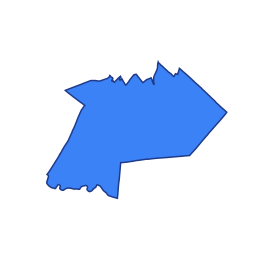 outline of Branistea, Dâmbovita, Romania, rotated 156°
{"feature_id": "2599482B85968573592334", "entity_name": "Branistea", "entity_type": "district", "adm_level": 2, "iso_a3": "ROU", "parent_name": "Romania", "parent_adm1": "Dâmbovita", "projection": "albers", "projection_center": [25.57, 44.682], "detail": "fine", "context": "isolated", "style": "filled", "palette": "blue", "viewbox_px": 256, "rotation_deg": 156, "n_neighbors": 0, "source": "geoboundaries", "source_scale": "gbopen_adm2", "svg_char_len": 5476}
<svg xmlns="http://www.w3.org/2000/svg" viewBox="0 0 256 256"><g transform="rotate(156 128 128)"><path d="M170.0,187.9L169.9,187.6L168.5,184.8L167.5,182.9L166.1,180.3L164.9,178.0L164.6,177.5L163.9,176.3L162.6,173.9L161.3,171.5L159.7,168.8L159.4,168.2L158.3,166.2L159.6,165.5L160.9,164.8L161.1,164.5L161.4,164.4L161.8,164.2L162.9,163.6L163.5,163.2L163.9,162.8L164.0,162.7L165.5,161.4L167.6,159.5L170.9,156.4L172.4,154.8L173.1,154.2L175.5,151.8L176.3,151.1L177.3,150.2L179.4,148.4L179.9,148.1L180.2,147.6L181.9,146.0L182.1,145.9L183.7,144.4L185.1,143.2L186.5,141.9L188.0,140.6L188.7,140.1L189.2,139.8L191.3,138.5L193.8,136.9L195.8,135.4L196.5,135.0L198.5,133.3L199.7,132.6L200.4,132.1L201.3,131.5L201.2,131.4L201.4,131.3L204.2,129.3L205.6,128.3L207.5,127.1L209.1,126.0L212.4,123.8L215.2,121.9L217.5,120.4L218.2,120.0L220.5,118.7L220.9,118.4L220.7,118.2L220.2,117.3L220.2,116.4L220.8,115.5L222.6,113.5L223.4,112.5L224.2,111.7L224.5,111.2L224.6,110.7L224.6,110.2L224.4,109.0L223.8,107.3L223.2,106.2L222.2,104.7L221.3,103.9L219.8,103.0L219.4,102.3L218.7,102.3L217.3,103.3L215.3,104.4L214.2,104.5L213.7,103.7L213.3,102.7L213.6,102.1L214.5,101.4L214.9,100.6L214.8,99.6L214.1,98.5L213.0,97.6L212.3,97.4L211.5,97.5L210.5,97.8L209.1,97.9L207.9,97.8L207.2,97.6L206.2,97.0L205.2,96.5L204.2,95.8L203.2,94.9L202.1,94.2L200.7,93.5L199.9,93.3L199.3,93.0L198.4,92.3L197.5,91.8L197.0,91.8L196.2,92.4L195.2,93.0L194.4,93.4L193.1,93.3L191.5,93.0L190.2,92.8L189.4,92.3L189.0,91.4L188.9,90.6L189.3,90.0L190.4,88.7L190.4,87.7L190.0,86.8L189.7,86.2L189.2,85.6L188.4,85.4L187.5,85.3L186.3,85.5L185.6,85.8L185.1,86.0L184.9,86.3L184.6,86.5L184.3,86.5L184.0,86.4L183.8,86.4L183.5,86.6L183.1,86.7L182.6,86.8L181.9,86.9L181.6,87.0L179.3,88.8L178.3,87.7L177.2,86.5L176.8,85.1L176.4,83.1L176.0,81.2L175.4,79.6L174.5,78.2L174.1,76.7L173.8,75.1L172.9,73.8L171.8,72.8L169.8,71.0L168.0,69.5L166.3,68.1L163.7,72.7L161.6,76.6L159.9,79.7L158.3,82.5L157.2,84.1L149.4,98.2L148.7,99.4L148.4,99.3L147.9,99.0L147.3,98.7L146.0,98.3L144.0,97.7L143.1,97.3L142.5,97.2L140.3,96.6L138.3,96.0L137.6,95.8L136.8,95.6L136.0,95.4L134.1,95.0L133.8,94.9L130.2,93.8L128.7,93.4L125.6,92.5L124.0,92.1L122.6,91.5L122.4,91.3L120.6,90.8L113.4,88.5L113.2,88.4L105.2,85.5L105.0,85.4L97.1,82.7L91.1,80.6L88.1,79.6L82.9,77.8L82.4,78.1L78.0,80.0L73.5,82.0L63.5,87.0L58.2,89.4L56.7,90.2L56.3,90.5L53.9,91.5L51.8,92.5L49.7,93.4L49.3,93.6L45.2,95.5L44.1,96.0L42.3,96.8L39.7,98.0L39.1,98.3L35.3,100.1L34.3,100.6L31.6,102.0L31.4,102.2L31.6,102.8L31.8,103.3L32.1,103.8L32.7,105.4L33.7,107.4L34.7,109.7L35.3,111.1L36.1,113.0L36.6,114.1L36.7,114.4L36.9,114.7L37.0,115.0L37.3,115.9L37.4,116.1L37.4,116.3L37.5,116.7L37.9,117.8L38.0,118.0L38.9,120.1L39.1,120.5L39.4,121.3L39.5,121.5L39.9,122.5L40.0,122.8L40.1,123.0L40.2,123.3L40.3,123.6L40.5,124.0L40.6,124.3L41.0,125.2L41.1,125.5L41.5,126.4L41.9,127.7L42.3,128.4L42.6,129.1L42.7,129.3L42.8,129.5L43.0,130.3L43.2,130.8L43.4,131.3L43.7,131.8L43.9,132.1L44.0,132.4L44.1,132.7L44.4,133.5L44.5,133.9L44.8,134.7L45.2,135.7L45.3,135.8L46.1,137.6L46.6,138.8L47.0,139.5L47.7,141.1L48.5,143.0L48.6,143.3L49.0,144.3L49.1,144.5L49.3,144.8L49.3,145.0L49.6,145.6L49.7,145.8L49.8,146.0L49.9,146.4L49.9,146.5L50.0,146.7L50.6,148.0L51.1,149.3L51.8,150.8L52.5,152.3L52.6,152.5L52.9,153.3L53.3,154.0L53.6,154.9L54.0,155.5L54.3,156.3L54.7,157.0L55.5,158.9L56.5,161.1L56.8,161.6L57.4,160.8L57.5,160.6L58.3,159.7L58.7,159.3L59.0,158.9L59.4,158.4L59.7,158.2L60.8,156.8L61.0,157.0L61.5,157.3L62.4,158.3L62.5,158.3L63.9,157.3L64.9,156.5L65.2,156.4L65.8,157.5L66.1,158.4L66.6,159.7L66.7,160.2L67.2,160.9L67.8,162.0L68.1,162.2L68.5,163.2L68.8,164.0L69.1,164.8L69.4,165.6L69.8,166.3L70.0,166.8L70.2,167.3L70.4,167.7L70.6,168.2L70.9,168.9L71.0,169.2L71.1,169.5L71.4,169.9L71.6,170.4L71.6,170.8L71.7,171.1L72.1,171.6L72.3,172.0L72.5,172.5L72.6,172.9L72.7,173.2L72.9,173.5L73.1,174.2L73.4,174.8L73.5,175.1L73.6,175.6L73.6,176.0L74.5,174.9L75.4,173.4L76.2,171.6L77.4,169.9L79.1,168.3L79.6,167.9L80.1,167.4L80.6,167.0L81.1,166.5L81.6,166.1L81.8,165.9L82.2,165.6L82.5,165.3L82.9,164.9L83.2,164.6L83.6,164.1L84.0,163.6L84.3,163.1L84.4,162.8L84.7,162.4L85.0,161.7L85.3,161.2L85.5,160.5L85.7,159.8L85.9,159.1L86.1,158.5L86.2,157.4L86.4,157.4L86.8,157.6L86.8,159.6L86.6,161.4L86.5,162.5L86.5,164.4L89.7,164.5L91.3,164.6L95.9,163.4L96.4,164.8L97.1,167.6L98.0,171.1L98.2,172.2L98.7,173.8L99.8,174.1L100.4,174.1L101.1,173.8L101.3,174.1L106.1,171.6L106.3,171.5L107.3,170.9L108.0,170.4L109.2,169.7L110.1,169.2L110.8,168.9L111.1,168.7L111.5,168.5L111.9,168.4L112.3,168.2L112.6,168.1L112.7,168.3L112.8,168.8L112.9,169.1L113.0,169.6L113.0,170.1L113.1,170.6L113.1,171.2L113.2,171.8L113.3,172.4L113.4,173.0L113.4,173.4L113.5,173.4L113.6,173.7L113.4,173.7L113.5,174.3L113.5,174.7L113.5,174.9L113.6,175.2L113.6,175.6L113.8,175.6L115.8,174.8L116.0,175.7L116.0,176.2L116.2,176.5L113.8,177.4L113.9,178.0L113.9,178.3L114.2,178.2L115.3,177.9L116.5,177.5L118.1,176.9L120.4,175.9L121.1,175.6L121.8,175.3L122.3,176.9L122.5,176.8L122.8,176.6L123.0,176.8L123.2,177.0L123.4,177.2L123.6,177.5L123.5,177.8L123.5,178.0L123.3,178.3L122.9,178.4L122.6,178.5L122.4,178.6L122.1,178.9L121.7,179.4L121.7,180.2L122.0,180.7L122.5,181.1L122.7,181.4L122.8,181.9L122.8,182.4L123.0,182.9L123.3,183.4L124.8,182.0L126.9,181.7L132.3,182.2L134.9,182.4L138.3,184.4L138.4,184.6L140.7,185.6L142.2,186.3L143.2,186.5L147.3,186.7L150.3,186.9L154.1,187.0L156.9,187.2L160.5,187.4L164.0,187.6L168.1,187.8L169.9,187.9L170.0,187.9Z" fill="#3b82f6" stroke="#1e3a8a" stroke-width="1.5"/></g></svg>